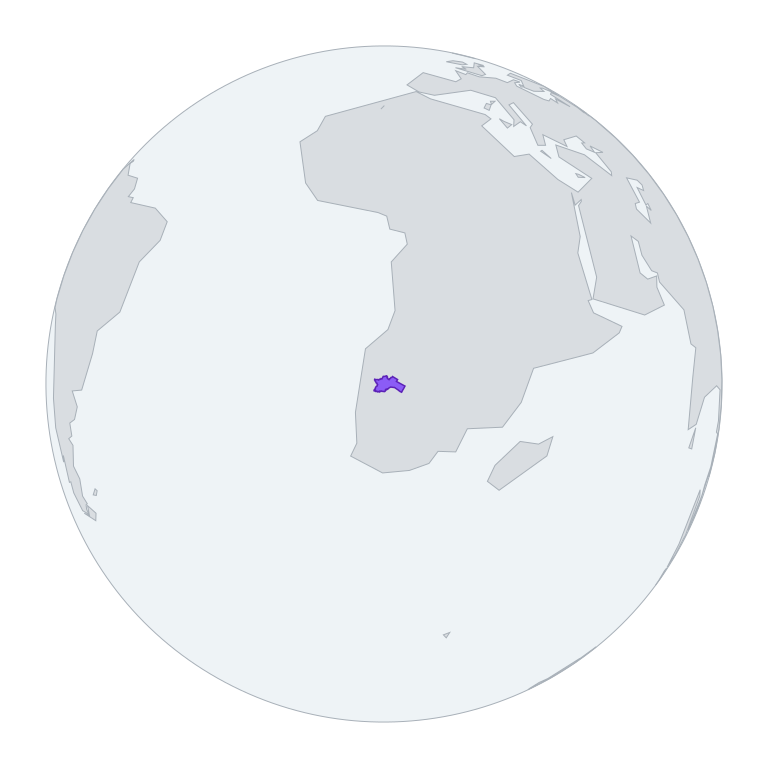 Otjozondjupa on an orthographic globe, rotated 28°
{"feature_id": "NAM-3349", "entity_name": "Otjozondjupa", "entity_type": "Region", "adm_level": 1, "iso_a3": "NAM", "parent_name": "Namibia", "parent_adm1": "", "projection": "orthographic", "projection_center": [17.471, -20.567], "detail": "fine", "context": "on_globe", "style": "filled", "palette": "violet", "viewbox_px": 768, "rotation_deg": 28, "n_neighbors": 0, "source": "natural_earth", "source_scale": "10m", "svg_char_len": 7381}
<svg xmlns="http://www.w3.org/2000/svg" viewBox="0 0 768 768"><g transform="rotate(28 384 384)"><circle cx="384" cy="384" r="338" fill="#eef3f6" stroke="#a8b0b8"/><path d="M52.9,316.5L52.7,317.2L57.7,303.6L56.4,308.8L60.0,319.8L69.8,318.0L72.1,328.9L70.3,338.6L75.1,337.2L75.2,342.7L99.5,336.1L116.4,342.5L118.9,362.3L110.6,391.1L117.0,444.5L105.9,471.8L112.4,494.0L119.9,531.3L112.0,536.5L123.9,548.2L127.4,560.6L124.9,566.0L132.8,576.5L131.3,580.3L138.2,584.2L148.4,602.3L159.9,610.6L170.5,624.5L178.2,629.0L177.6,630.4L180.2,634.2L184.7,637.6L177.4,637.3L161.2,625.8L153.4,617.4L152.4,618.5L134.4,597.6L137.9,603.4L114.7,576.8L98.8,551.7L66.2,486.3L61.5,476.3L57.7,471.0L55.3,462.5L50.5,438.5L47.4,414.1L46.1,389.6L46.6,365.1L48.9,340.7L52.9,316.5ZM193.7,640.0L180.0,638.8L185.8,638.5L179.4,630.6L190.4,633.3L193.7,640.0ZM179.3,618.4L178.1,612.2L180.8,612.9L182.3,617.5L179.3,618.4ZM432.3,49.6L435.8,50.1L433.1,49.9L420.3,48.2L433.8,50.7L431.9,49.9L438.7,51.1L440.2,50.8L445.1,51.7L441.7,51.0L448.3,52.2L448.6,52.3L448.9,52.4L472.9,58.0L496.4,65.3L519.4,74.4L541.6,85.1L563.0,97.4L583.4,111.2L602.7,126.4L620.9,143.0L637.9,161.0L653.4,180.1L667.6,200.2L680.2,221.4L691.3,243.4L700.7,266.2L708.5,289.6L714.5,313.5L710.0,295.8L714.1,316.4L719.3,344.3L721.3,370.1L719.6,356.2L717.0,333.2L714.6,322.4L711.4,303.6L702.1,271.6L700.1,270.4L696.6,259.5L683.4,231.3L678.5,229.4L673.2,245.2L678.6,273.0L674.0,281.5L653.5,233.1L642.3,205.6L636.2,204.5L614.0,177.7L579.4,164.6L573.3,157.6L567.1,158.3L551.3,149.2L541.6,138.7L532.6,137.3L558.0,165.7L567.6,167.6L574.0,160.6L579.5,170.4L594.5,182.7L581.8,200.7L528.6,210.7L521.6,189.8L472.0,135.1L472.5,130.2L472.2,129.6L471.5,128.6L468.8,136.3L459.6,127.0L488.0,161.7L493.6,177.3L527.9,211.8L525.1,214.5L535.6,222.8L567.1,221.4L567.7,228.4L553.9,258.5L508.7,299.9L513.8,335.8L508.9,366.5L478.6,384.4L479.2,410.3L463.3,418.1L461.0,433.0L447.0,448.4L424.5,463.2L388.4,463.3L387.8,449.0L372.1,422.5L351.1,361.6L361.9,334.1L359.3,314.0L333.1,272.8L338.9,249.6L331.5,240.8L316.4,244.5L307.6,234.5L298.3,235.4L239.2,253.1L220.4,243.3L196.1,209.6L206.2,191.7L206.6,175.2L275.1,110.7L291.2,110.4L346.8,98.6L354.0,99.7L349.1,110.2L392.2,122.0L404.2,112.9L441.5,121.8L465.3,123.5L470.9,104.9L431.9,101.4L423.5,92.3L453.4,87.5L487.2,93.1L485.0,89.9L462.3,80.4L468.6,76.7L454.2,77.1L461.1,80.6L452.3,81.4L445.4,78.4L447.9,76.9L437.3,74.8L428.1,83.9L434.1,88.4L407.2,89.3L414.6,97.4L407.8,101.0L392.7,89.0L393.1,84.9L366.2,74.8L363.3,78.9L388.6,89.2L381.3,88.4L377.6,95.7L374.7,89.6L348.0,78.9L322.7,83.9L293.0,105.4L277.8,109.7L263.9,109.1L272.4,90.7L305.5,83.4L308.9,78.3L300.2,73.7L311.0,72.4L311.5,70.1L323.8,68.1L339.2,61.5L351.4,60.0L355.5,54.6L362.4,53.6L357.9,56.7L361.4,58.7L391.5,57.7L396.8,56.6L397.0,53.7L405.3,54.4L401.7,51.8L418.1,51.8L395.1,50.1L394.8,48.2L403.6,47.5L399.4,47.0L385.0,48.4L383.0,49.4L387.9,50.6L378.8,55.2L368.8,56.4L362.7,51.6L348.0,53.4L349.7,50.3L385.4,46.1L432.3,49.6ZM253.6,138.0L252.2,142.7L253.6,138.0ZM524.8,111.0L543.9,116.7L532.2,103.8L538.5,105.3L532.2,100.8L531.2,102.9L515.3,91.7L522.4,91.3L518.4,87.1L511.8,85.2L501.4,88.1L524.2,103.5L521.1,106.7L524.8,111.0ZM58.0,303.0L58.1,305.0L57.0,307.1L58.0,303.0ZM302.2,62.9L307.0,62.9L303.2,65.5L287.7,70.2L293.1,66.2L302.2,62.9ZM314.7,62.7L312.9,58.1L322.5,56.0L317.4,57.8L323.9,56.8L317.5,59.6L328.3,63.0L325.7,65.8L298.6,71.2L308.9,67.5L303.6,67.3L314.7,62.7ZM312.1,53.8L310.6,54.2L295.1,58.1L288.7,59.8L312.1,53.8ZM361.3,95.6L366.7,95.8L375.0,95.0L372.8,100.1L361.3,95.6ZM342.7,88.2L347.5,87.2L348.4,93.0L342.8,93.3L342.7,88.2ZM349.3,82.2L347.7,86.7L345.2,84.4L349.3,82.2ZM362.3,56.1L367.3,55.4L368.1,56.1L365.7,57.3L362.3,56.1ZM464.7,107.3L458.4,110.3L454.6,108.2L457.5,107.5L464.7,107.3ZM413.8,103.5L425.8,106.4L413.0,104.9L413.8,103.5ZM558.7,572.5L558.1,578.9L554.2,577.6L558.7,572.5ZM561.6,371.0L535.5,423.8L521.0,421.4L520.2,403.7L531.2,370.8L548.7,364.5L557.8,351.2L561.6,371.0ZM718.2,434.0L718.8,428.4L719.3,417.4L720.0,413.6L719.5,424.0L718.2,434.0ZM720.0,412.9L719.6,386.9L712.8,328.9L715.4,334.6L721.2,375.9L721.1,379.6L721.3,398.1L720.0,412.9ZM679.8,276.3L686.2,296.9L683.1,297.3L679.8,276.3ZM654.5,586.5L655.9,583.6L661.1,574.7L666.9,567.2L685.8,534.2L684.8,536.7L694.4,516.9L694.6,517.0L683.1,541.2L669.7,564.4L654.5,586.5Z" fill="#d9dde1" stroke="#a8b0b8" stroke-width="1"/><path d="M403.5,376.0L403.5,376.4L403.5,377.2L403.5,377.9L403.5,378.7L403.5,379.4L403.4,380.1L403.4,380.9L403.4,381.6L403.4,382.3L403.4,382.9L403.2,382.9L403.2,383.0L402.7,383.0L402.4,383.1L402.0,383.1L401.7,383.1L400.9,382.9L400.7,382.9L400.3,382.9L400.1,382.9L399.8,382.8L399.8,382.7L395.3,382.2L395.1,382.2L394.8,382.2L394.6,382.2L394.4,382.4L394.2,382.5L391.5,383.5L391.3,383.7L391.1,383.8L390.1,385.5L389.9,386.4L389.9,386.5L389.7,386.8L389.7,386.7L389.1,386.7L389.0,386.8L388.9,387.0L388.9,387.3L389.0,387.3L389.1,387.2L389.2,387.3L389.2,387.5L388.9,387.7L388.8,387.8L388.9,388.1L389.0,388.1L388.9,388.1L388.3,387.9L388.2,387.9L388.2,388.0L388.0,388.4L388.1,388.5L388.3,388.5L388.4,388.8L388.3,389.0L388.4,389.3L388.2,389.5L388.2,389.8L388.3,390.1L388.2,390.2L388.1,390.4L388.0,390.5L387.6,390.7L387.0,390.9L386.8,390.9L386.6,390.9L386.4,391.0L386.2,391.2L386.1,391.3L385.8,391.4L385.6,391.5L385.4,391.5L385.3,391.4L385.2,391.4L384.9,391.5L384.7,391.5L384.6,391.8L384.4,391.9L384.3,392.0L384.2,392.1L384.0,392.3L383.9,392.3L384.0,392.6L384.0,392.9L383.9,392.9L383.9,393.0L383.6,392.9L383.6,393.0L383.2,393.2L383.2,393.3L383.2,393.2L382.9,393.2L382.8,393.3L382.8,393.5L382.7,393.6L382.2,393.9L382.0,393.7L381.9,393.6L381.5,394.0L381.4,394.0L381.4,393.9L381.2,393.9L381.0,394.0L380.9,394.1L380.6,394.2L380.4,394.1L380.2,394.1L380.1,393.9L379.9,393.8L379.7,394.2L379.7,394.3L379.8,394.3L380.0,394.3L380.0,394.5L379.8,394.5L379.6,394.5L379.4,394.5L379.3,394.4L379.2,394.4L379.2,394.5L378.9,394.6L378.4,394.7L378.2,394.4L378.2,394.2L378.3,394.1L378.1,393.7L378.3,393.5L378.4,393.4L378.5,393.3L378.3,393.0L378.3,392.9L378.5,392.9L378.5,392.7L378.6,392.4L378.5,392.2L378.5,391.9L378.4,391.8L378.3,391.7L378.1,390.9L378.3,390.2L378.3,389.7L378.6,389.2L378.9,389.0L378.9,388.8L378.7,388.1L378.7,387.9L378.7,387.6L378.2,387.5L378.1,387.4L377.8,387.1L377.7,387.1L377.5,386.9L377.4,386.8L377.4,386.7L377.0,386.8L376.9,386.8L376.7,386.7L376.4,386.6L376.1,386.2L375.0,385.7L374.5,385.3L374.5,385.2L374.4,384.9L374.1,384.9L373.7,384.8L373.7,384.7L373.7,384.0L374.1,384.1L374.5,384.1L375.0,384.0L375.1,383.9L375.4,383.5L375.5,383.4L376.1,383.1L376.5,383.1L376.8,383.0L377.0,383.0L377.3,383.1L377.5,383.0L377.6,382.9L377.6,382.7L377.6,382.0L377.7,381.9L378.6,381.4L378.8,381.4L378.8,381.1L378.8,380.7L379.3,380.7L379.5,380.6L379.8,380.4L379.7,380.2L379.8,378.0L379.7,377.8L379.7,377.7L379.8,377.6L381.3,376.8L381.9,376.1L382.1,375.7L382.5,375.6L382.7,375.8L382.8,375.9L383.0,375.8L383.2,376.1L383.2,376.3L383.3,376.4L383.4,376.2L383.6,376.1L383.8,376.2L383.8,376.3L383.8,376.5L383.7,376.5L383.6,376.8L383.8,377.0L383.9,376.9L384.0,377.0L384.3,377.1L384.3,377.3L384.5,377.4L384.8,377.4L384.9,377.5L385.1,377.7L385.5,377.7L385.8,377.6L386.0,377.6L386.1,377.8L386.5,377.7L386.4,377.2L386.3,376.9L386.4,376.7L386.6,376.6L386.7,376.4L386.8,376.4L387.0,376.3L387.0,376.2L387.0,375.8L387.0,375.7L387.1,375.4L387.1,375.0L387.3,374.9L387.6,374.7L387.9,374.5L388.0,373.9L388.0,373.4L393.9,373.7L393.8,375.9L403.5,376.0L403.5,376.0Z" fill="#8b5cf6" stroke="#5b21b6" stroke-width="1.5"/></g></svg>